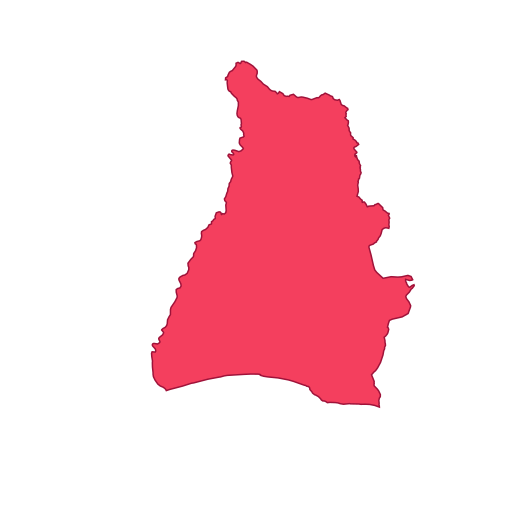 Beloha, Androy, Madagascar (Natural Earth projection), rotated 338°
{"feature_id": "10022922B63714971659336", "entity_name": "Beloha", "entity_type": "district", "adm_level": 2, "iso_a3": "MDG", "parent_name": "Madagascar", "parent_adm1": "Androy", "projection": "natural_earth1", "projection_center": [45.029, -25.05], "detail": "fine", "context": "isolated", "style": "filled", "palette": "rose", "viewbox_px": 512, "rotation_deg": 338, "n_neighbors": 0, "source": "geoboundaries", "source_scale": "gbopen_adm2", "svg_char_len": 6131}
<svg xmlns="http://www.w3.org/2000/svg" viewBox="0 0 512 512"><g transform="rotate(338 256 256)"><path d="M122.4,347.2L126.0,347.4L139.2,349.1L148.6,349.8L150.5,350.3L165.2,352.2L176.6,354.5L177.6,354.8L181.4,355.2L184.6,355.9L200.4,361.2L206.7,363.4L213.7,366.3L215.1,367.1L215.6,367.6L215.3,367.9L215.7,368.5L218.1,370.4L221.8,372.6L230.8,377.3L239.6,383.0L243.7,386.2L252.5,394.0L253.4,394.5L254.3,395.8L255.7,396.6L256.3,397.9L256.3,398.8L256.0,399.6L256.0,400.2L256.9,402.7L257.1,404.3L258.4,406.6L259.1,407.1L261.2,409.7L262.4,412.5L262.7,414.1L263.3,414.7L263.4,415.2L265.3,416.2L266.5,417.5L267.2,418.7L269.7,419.4L274.8,421.7L277.1,423.0L278.8,424.5L281.6,426.2L287.4,427.9L288.3,428.5L296.0,431.8L297.7,432.8L301.9,434.4L305.8,436.2L310.1,439.0L313.8,442.3L314.2,441.1L314.3,440.0L315.0,438.7L315.8,435.8L317.4,433.7L318.5,433.1L319.4,431.1L319.2,427.1L318.6,424.8L316.9,420.6L317.5,418.8L317.9,418.4L318.1,417.4L318.6,416.5L318.6,409.4L322.0,407.7L323.9,407.1L326.9,405.2L331.6,401.3L336.6,395.4L339.0,391.6L340.4,390.3L341.1,388.7L342.5,387.5L343.1,385.7L343.2,384.6L343.9,382.7L344.4,379.3L346.2,378.8L348.5,377.5L349.5,376.6L351.6,373.7L351.6,371.8L351.2,371.3L353.5,368.1L355.6,365.7L358.7,365.6L368.7,367.2L375.5,366.3L380.1,361.2L380.8,360.0L380.6,355.8L379.6,352.2L379.6,349.8L380.8,348.6L384.7,346.9L387.5,344.8L388.8,344.5L391.6,342.8L391.7,341.8L389.8,341.8L386.7,342.6L386.3,342.3L385.7,340.8L385.3,338.3L385.5,337.0L385.3,336.4L385.4,335.1L386.0,333.7L389.3,336.3L391.5,336.8L392.4,336.7L392.1,333.1L389.6,330.9L383.0,329.8L379.6,328.7L373.5,325.8L365.5,324.3L361.8,316.5L360.9,313.4L361.3,308.8L363.0,298.4L364.0,290.0L364.6,289.1L365.6,288.7L369.2,288.9L370.8,288.3L372.9,288.1L373.4,287.4L375.3,286.4L376.5,285.1L378.7,283.9L380.4,282.1L382.9,278.7L385.1,278.2L386.6,278.3L388.0,279.0L389.5,280.1L390.5,278.7L390.9,276.8L392.1,274.5L392.8,272.1L394.1,271.0L394.0,267.8L395.3,266.9L395.3,266.3L394.1,265.7L392.4,262.5L391.2,261.1L391.1,260.5L391.6,258.6L389.2,253.2L388.3,252.9L386.7,253.2L385.6,252.9L384.2,253.6L379.2,252.0L378.1,252.2L377.6,252.0L377.4,249.0L376.8,246.8L376.4,246.3L374.7,246.1L374.7,245.5L375.3,244.1L374.3,242.4L373.5,239.9L372.0,238.4L375.0,234.6L376.0,231.8L376.8,228.4L378.5,225.9L378.6,225.5L378.4,225.2L379.6,223.8L380.0,223.0L380.6,223.0L381.1,222.6L382.5,220.1L384.0,219.0L384.7,218.0L384.6,216.4L385.2,215.1L385.3,213.9L385.8,213.3L385.7,212.5L386.8,211.5L386.5,209.1L387.1,206.7L386.3,204.6L386.4,201.8L386.7,200.6L386.0,199.9L385.3,200.9L385.1,200.2L385.8,198.7L386.7,198.3L387.8,198.2L388.4,197.6L387.1,193.8L387.0,192.9L387.4,192.2L388.1,191.9L389.8,191.9L393.0,191.0L392.9,189.5L391.8,188.6L392.0,187.7L391.7,186.8L391.1,185.5L389.8,183.9L390.4,182.7L389.0,179.8L389.2,178.7L389.9,177.1L389.5,175.8L389.4,174.6L390.2,172.3L389.9,169.1L390.8,168.3L391.8,166.6L392.2,165.2L391.4,164.1L390.2,161.1L391.9,160.4L392.2,158.9L393.0,157.9L392.8,157.1L393.0,156.5L394.8,155.1L396.1,154.8L396.3,153.4L395.5,152.5L394.0,149.8L392.6,148.8L391.8,147.3L392.1,143.3L391.8,142.1L389.8,142.1L387.5,140.6L386.6,139.1L386.5,138.5L386.7,137.6L386.4,136.6L384.8,135.2L384.4,134.4L381.1,130.9L378.5,131.5L377.6,131.2L375.7,131.6L374.6,132.3L373.3,132.7L371.7,132.0L366.4,131.9L365.4,131.4L362.8,129.0L359.0,126.3L357.5,125.5L354.6,124.9L353.8,124.5L353.0,123.5L351.3,120.1L347.7,119.7L346.6,120.5L345.2,119.7L343.8,119.3L342.2,117.9L341.7,115.5L339.3,112.4L337.7,113.5L336.5,113.6L336.3,112.5L335.4,110.5L333.2,109.3L332.0,108.2L331.0,106.5L330.0,103.3L327.2,99.4L325.9,95.9L324.0,92.6L323.6,90.8L323.6,89.7L324.1,88.7L325.5,87.1L326.2,85.5L326.5,84.1L324.4,78.9L322.6,76.2L319.9,72.8L318.8,72.7L318.4,71.7L317.8,70.9L315.5,70.1L313.8,71.7L313.2,71.5L312.3,70.1L311.8,69.7L309.7,69.8L309.1,71.5L308.2,72.6L303.5,75.2L301.5,75.3L300.1,75.7L297.9,77.7L296.9,79.0L294.6,79.4L293.7,81.2L294.7,81.4L295.2,82.4L294.1,84.8L293.2,88.0L292.5,90.7L292.6,92.1L293.1,93.4L294.0,94.1L294.2,96.0L295.6,99.5L297.0,102.1L297.3,103.3L297.0,104.5L297.3,106.7L295.9,110.1L293.1,114.3L291.7,116.8L291.3,118.5L291.4,120.1L291.9,121.1L293.2,122.5L293.3,123.9L292.0,128.0L291.3,128.7L290.9,130.6L290.2,131.2L289.4,131.0L289.1,131.4L289.3,132.7L290.5,135.1L290.6,136.1L290.6,137.7L290.0,138.8L289.8,140.5L289.0,140.9L285.3,140.7L284.3,142.0L282.9,144.8L282.8,145.6L283.0,147.2L284.4,150.6L284.4,151.8L281.6,152.9L279.2,152.8L276.2,150.2L274.9,149.4L273.7,149.0L272.9,149.4L272.6,150.2L273.5,152.4L273.5,153.2L273.2,153.6L272.5,153.7L270.5,152.6L269.2,151.4L267.8,152.1L267.6,152.9L269.2,157.9L269.1,158.4L267.6,159.4L266.9,160.3L267.2,162.4L266.3,164.6L264.9,169.7L264.5,172.9L264.1,173.6L261.8,175.6L260.3,177.6L258.4,178.7L257.1,181.3L255.3,182.9L253.9,185.5L252.6,186.7L250.1,189.8L248.1,191.2L247.8,193.0L248.4,194.5L248.5,195.6L247.1,197.4L245.4,202.6L244.2,204.5L242.3,205.2L240.9,204.2L239.7,204.7L239.5,204.4L239.7,202.8L239.2,201.7L238.2,201.2L235.4,201.1L232.9,203.9L232.4,205.8L231.9,206.1L230.7,206.2L229.0,207.3L227.6,207.5L226.8,209.5L226.4,209.6L224.1,209.5L222.1,211.4L219.1,212.5L216.9,212.5L214.7,213.0L213.8,214.6L213.4,216.5L212.7,218.0L211.5,219.6L210.5,220.5L209.5,220.8L206.5,220.4L204.4,220.7L204.2,221.9L204.9,222.8L204.8,223.8L204.0,226.0L201.9,228.5L199.4,230.2L198.9,230.8L198.1,232.7L197.5,233.3L194.3,234.7L190.2,237.2L189.4,239.8L189.4,241.5L188.5,243.5L185.7,246.3L182.7,247.0L181.1,246.6L177.9,247.0L177.0,247.3L176.0,248.1L175.8,248.5L175.6,249.7L175.9,253.6L175.4,255.5L175.1,256.0L173.5,257.1L171.1,256.8L169.4,257.3L168.5,259.6L168.0,263.5L167.3,264.9L163.7,268.0L158.0,271.8L156.7,273.5L154.7,278.3L152.7,279.7L150.1,282.0L148.3,285.6L147.1,287.0L145.2,288.1L142.6,288.4L141.0,289.0L140.8,289.3L141.6,291.7L141.6,292.6L139.9,294.1L135.9,295.3L135.0,295.9L134.7,297.0L134.9,299.2L134.7,299.8L133.9,300.3L131.8,300.7L128.6,298.8L127.6,298.7L126.9,299.1L126.5,299.7L126.5,300.8L127.8,304.4L127.7,305.8L127.2,306.9L126.5,307.3L123.8,305.9L122.7,307.1L121.7,310.2L120.7,314.6L119.9,316.2L118.4,320.2L116.9,325.5L116.2,327.3L115.7,329.5L115.9,333.2L117.0,338.0L118.5,340.6L120.7,342.8L121.8,344.5L122.3,345.8L122.4,347.2Z" fill="#f43f5e" stroke="#9f1239" stroke-width="1.5"/></g></svg>